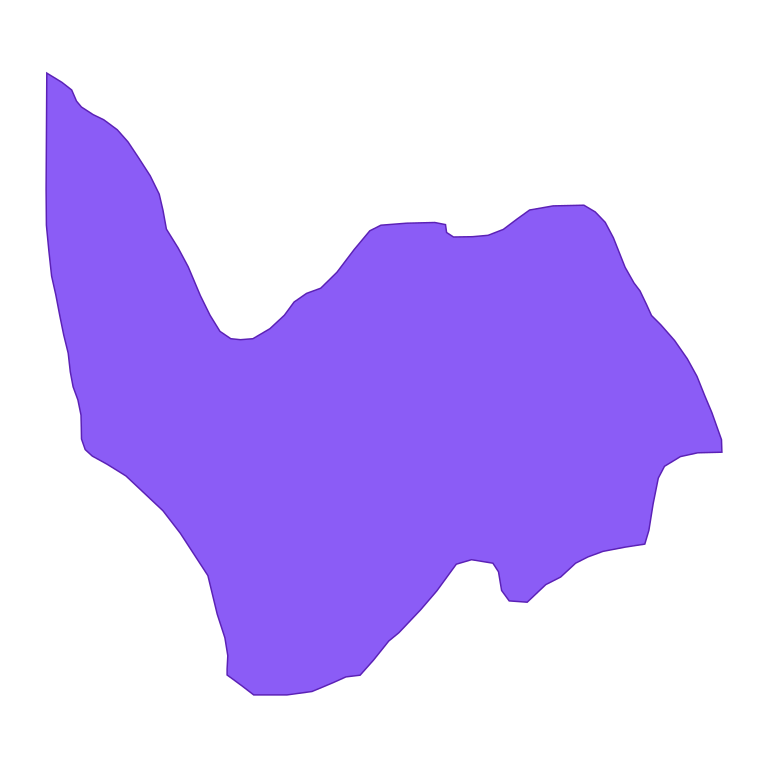 Mougoutsi, Nyanga, Gabon
{"feature_id": "22940354B37590085186432", "entity_name": "Mougoutsi", "entity_type": "district", "adm_level": 2, "iso_a3": "GAB", "parent_name": "Gabon", "parent_adm1": "Nyanga", "projection": "mercator", "projection_center": [10.923, -2.753], "detail": "fine", "context": "isolated", "style": "filled", "palette": "violet", "viewbox_px": 768, "rotation_deg": 0, "n_neighbors": 0, "source": "geoboundaries", "source_scale": "gbopen_adm2", "svg_char_len": 1547}
<svg xmlns="http://www.w3.org/2000/svg" viewBox="0 0 768 768"><path d="M253.7,694.9L287.1,694.9L312.0,691.5L332.8,682.8L345.9,676.9L360.1,675.2L373.6,660.0L388.8,641.0L398.9,632.7L420.6,609.8L436.9,590.8L448.7,574.6L456.3,564.2L471.5,559.7L492.9,563.2L498.5,571.8L501.6,590.5L509.2,600.9L527.2,602.2L545.8,584.6L560.7,577.0L575.6,563.2L588.0,556.9L602.9,551.4L624.7,547.2L644.8,544.1L648.9,530.3L653.1,504.0L658.3,478.1L664.5,466.3L680.4,456.6L697.7,452.8L721.9,452.2L721.5,439.7L711.9,412.7L704.9,396.1L697.0,376.4L687.3,358.8L674.5,340.4L660.8,324.8L651.5,315.5L646.6,304.7L640.0,290.9L634.0,283.0L625.1,267.3L613.4,237.8L605.2,222.3L595.2,211.9L583.9,205.2L553.1,205.9L529.6,210.0L517.5,218.7L503.3,229.4L488.1,235.3L472.5,236.7L453.5,237.0L446.6,232.5L445.5,224.6L434.8,222.5L406.5,223.2L380.9,225.2L369.8,230.8L354.2,249.5L336.9,272.3L320.7,288.2L306.5,293.4L294.1,302.0L284.4,315.2L269.9,328.7L252.9,338.7L240.5,339.7L230.8,338.7L220.0,331.4L210.0,315.2L200.3,295.5L188.2,266.8L178.2,248.1L166.4,229.1L163.0,210.4L159.2,194.1L150.2,175.8L138.4,157.5L128.0,141.9L117.3,129.8L103.8,119.8L93.1,114.6L81.4,107.0L76.5,101.1L71.7,90.0L62.0,82.4L46.8,73.1L46.1,189.3L46.4,225.2L48.8,250.2L51.6,276.1L55.8,294.8L59.9,316.2L63.7,334.9L68.2,353.2L70.3,371.9L73.1,386.8L77.9,399.9L81.0,415.1L81.3,427.3L81.5,439.0L85.2,449.6L92.3,456.1L107.2,464.3L126.0,476.0L162.9,510.7L180.2,533.1L194.8,555.5L207.9,575.6L217.2,614.1L224.9,637.8L227.8,655.7L227.1,669.0L227.1,675.0L241.3,685.4L253.7,694.9Z" fill="#8b5cf6" stroke="#5b21b6" stroke-width="1.5"/></svg>